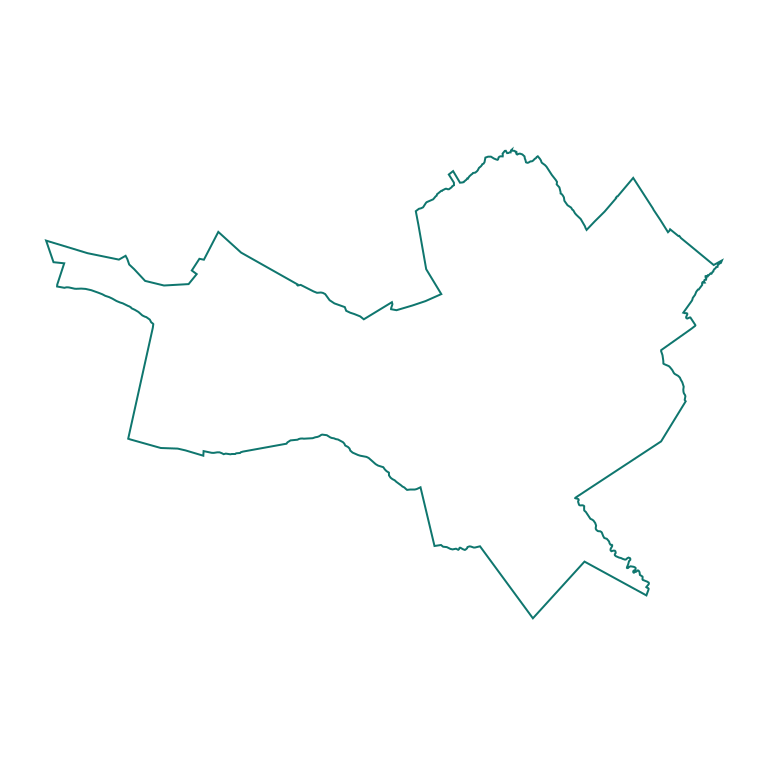 Santiago, Nuevo León, Mexico (Robinson projection)
{"feature_id": "50627088B26802208573865", "entity_name": "Santiago", "entity_type": "district", "adm_level": 2, "iso_a3": "MEX", "parent_name": "Mexico", "parent_adm1": "Nuevo León", "projection": "robinson", "projection_center": [-100.188, 25.372], "detail": "fine", "context": "isolated", "style": "outline", "palette": "teal", "viewbox_px": 768, "rotation_deg": 0, "n_neighbors": 0, "source": "geoboundaries", "source_scale": "gbopen_adm2", "svg_char_len": 6112}
<svg xmlns="http://www.w3.org/2000/svg" viewBox="0 0 768 768"><path d="M434.5,546.0L441.0,545.0L443.1,546.7L446.8,547.1L450.4,548.9L452.6,549.4L456.0,548.7L458.2,549.8L458.9,549.3L459.6,547.8L460.0,547.7L460.5,547.8L462.9,549.2L464.8,549.9L465.4,549.7L466.5,548.8L467.1,548.2L467.5,547.1L469.4,546.4L470.7,546.5L473.6,547.5L475.1,547.5L480.0,546.3L532.9,618.3L584.5,561.6L646.4,595.4L648.5,589.6L648.6,588.7L648.1,588.1L646.9,587.6L646.3,587.1L648.7,584.2L648.9,583.3L648.7,582.6L647.3,581.7L642.8,579.9L642.5,579.4L642.6,576.9L642.4,576.5L639.9,574.9L639.6,572.7L639.3,571.7L638.6,570.7L637.9,570.4L635.8,571.9L634.7,572.0L633.9,572.7L633.5,572.5L633.2,571.9L633.3,571.2L633.8,570.6L635.2,570.0L635.6,569.2L635.6,568.0L635.0,567.4L633.7,566.8L630.6,566.3L629.2,566.9L628.0,568.0L627.2,568.1L626.9,567.8L627.0,567.2L628.2,564.3L628.8,561.9L629.1,561.1L630.3,559.8L630.3,558.8L630.0,558.2L628.6,557.6L627.5,558.1L625.9,559.5L625.0,559.6L623.0,559.0L620.9,558.0L619.1,557.6L615.9,556.2L614.9,555.3L614.8,554.3L615.7,552.9L615.4,551.3L614.8,550.7L613.6,550.6L611.4,551.2L610.7,550.5L610.5,549.9L610.7,548.7L612.1,546.3L612.2,545.2L611.8,544.8L611.1,544.9L610.4,544.6L609.5,543.1L609.1,541.5L606.8,538.8L604.3,538.0L603.2,536.1L601.9,532.7L601.4,532.0L600.2,531.3L598.4,531.2L597.7,531.0L596.3,529.8L595.8,528.9L595.7,527.9L596.1,525.6L595.2,523.0L593.5,520.6L592.3,519.7L590.4,518.8L585.8,511.9L584.5,510.8L584.2,510.3L584.1,508.2L584.2,506.2L583.7,505.7L582.7,505.3L580.3,505.4L579.5,505.2L579.0,504.7L578.1,501.8L578.2,501.0L578.7,500.1L578.5,499.3L577.8,498.8L575.5,498.3L575.2,498.1L575.4,497.7L661.1,441.4L685.7,401.3L684.7,399.9L685.4,396.3L685.1,395.2L683.9,393.3L683.5,391.9L683.3,389.6L683.7,386.7L682.3,382.3L680.8,379.7L679.9,377.6L678.2,375.9L674.7,373.9L673.8,372.9L672.3,370.1L670.0,367.2L668.8,366.1L664.1,364.1L663.4,363.6L663.3,360.8L662.5,355.2L661.1,351.1L661.2,350.1L691.6,328.6L695.1,325.9L695.4,325.3L695.2,324.8L690.4,317.5L690.0,317.4L687.4,318.5L686.8,318.4L686.3,318.0L686.1,317.1L687.3,314.4L687.2,313.5L686.0,313.1L684.9,313.2L683.3,312.7L691.8,300.8L692.3,299.8L692.8,297.9L695.0,294.9L696.3,291.7L698.0,289.5L698.7,289.5L702.2,284.9L702.1,283.1L702.6,282.1L703.0,282.0L703.9,282.7L704.6,282.6L704.1,281.9L704.3,280.4L704.5,280.0L705.0,279.7L705.9,279.8L706.2,279.1L706.3,278.6L705.5,277.0L705.6,276.1L706.3,276.0L707.3,276.7L707.7,276.5L707.9,276.1L707.8,275.3L708.0,275.1L708.8,275.2L710.5,273.4L711.2,273.8L711.6,273.6L712.3,272.2L713.3,271.5L713.3,270.7L714.5,268.9L715.3,268.5L716.2,267.1L717.5,266.9L717.8,265.2L718.0,264.8L718.7,264.4L718.9,263.8L720.9,262.9L721.9,260.5L713.7,265.0L680.9,238.0L679.3,235.9L678.5,236.1L670.1,229.3L669.5,230.7L668.0,232.2L660.3,219.9L653.5,209.7L653.0,208.6L633.2,177.9L617.6,196.4L616.9,196.5L615.9,197.8L616.1,198.2L604.6,211.6L594.7,221.4L586.6,229.9L585.5,227.9L584.9,226.2L580.7,219.0L576.6,215.1L575.0,213.3L573.3,210.3L572.3,209.6L571.1,207.6L567.5,205.2L564.4,200.8L563.9,197.4L562.9,195.6L561.8,194.2L560.6,193.5L560.6,192.2L559.4,187.4L556.7,184.4L557.0,181.9L555.8,180.0L551.8,174.9L546.5,166.7L545.0,165.1L541.9,162.8L541.5,162.2L540.9,160.4L539.9,158.8L537.8,156.3L536.7,157.0L536.1,157.9L535.6,158.4L534.9,158.7L533.1,160.6L531.9,161.3L530.4,161.4L529.0,162.3L527.8,162.8L527.0,162.7L526.0,162.3L525.3,159.5L524.9,158.8L524.5,156.4L522.3,154.4L519.9,153.6L518.5,153.9L517.3,154.5L516.8,154.3L516.5,154.0L516.5,152.0L516.3,151.8L515.8,151.9L515.7,152.2L515.2,151.3L514.2,150.8L511.9,150.7L511.6,150.3L511.8,149.7L511.0,150.4L510.6,152.4L509.7,152.3L508.4,153.0L507.1,153.1L505.8,150.8L504.8,150.9L502.6,153.6L502.8,155.4L502.7,156.4L500.5,156.3L499.4,156.7L498.6,157.5L498.1,159.3L497.6,159.8L496.3,159.5L493.9,158.5L491.0,156.7L488.0,156.7L485.4,157.6L484.5,162.2L483.5,163.7L482.3,164.2L481.8,165.2L480.9,166.3L479.0,167.9L477.8,170.2L477.0,171.2L475.3,172.6L473.0,173.0L472.3,173.9L471.5,174.4L469.3,176.4L467.8,178.7L467.3,178.4L466.1,180.0L465.3,180.5L463.8,182.0L463.5,181.9L462.9,182.4L460.0,182.7L453.1,171.1L448.8,174.5L453.9,182.6L454.0,185.2L452.1,186.4L451.7,187.2L449.0,189.2L448.0,189.3L446.1,188.7L445.5,188.8L442.5,190.3L442.0,190.9L441.3,190.8L437.0,194.3L436.7,195.6L435.7,196.3L433.2,199.3L426.6,202.2L425.8,203.1L423.1,207.3L421.0,208.3L418.9,208.8L415.8,211.2L418.4,224.8L426.2,269.2L441.3,294.1L425.5,301.1L412.4,305.5L396.5,310.2L391.1,309.2L391.1,308.3L392.3,304.7L392.4,304.1L391.9,302.2L363.8,319.3L360.2,316.4L354.2,314.0L350.2,312.7L346.2,310.8L344.8,307.1L334.4,303.4L329.6,300.2L325.2,294.1L322.9,292.9L320.9,292.5L317.0,292.8L313.5,291.4L300.7,284.9L297.8,285.5L297.2,284.9L297.5,284.4L241.1,252.6L218.3,231.9L203.9,259.7L199.4,258.8L191.8,270.5L196.7,274.1L188.6,284.1L164.0,285.5L145.1,280.9L134.2,269.2L129.2,264.5L127.3,259.0L125.6,255.8L118.9,259.6L87.6,253.2L46.1,240.6L53.5,262.2L64.2,263.3L57.2,284.7L57.1,286.5L64.4,287.8L66.5,287.3L68.8,287.4L74.6,288.7L76.2,288.8L81.2,288.6L85.5,288.9L91.3,290.2L98.3,292.7L102.4,294.3L105.2,295.8L109.1,297.1L112.3,298.6L116.5,301.0L120.1,302.5L122.7,303.3L128.2,306.0L129.3,306.4L130.9,307.4L131.6,308.3L134.8,309.8L138.5,312.0L142.3,315.4L144.7,316.6L146.3,317.1L149.8,319.6L151.2,322.3L152.9,323.6L153.3,324.1L152.8,327.8L128.2,438.7L130.2,439.4L160.8,448.0L177.7,448.6L185.5,450.4L203.3,455.7L203.6,451.1L211.6,452.8L213.7,452.9L217.4,452.3L219.5,452.3L221.8,453.2L223.7,454.2L225.8,453.6L230.4,454.3L231.8,454.0L235.2,454.0L236.2,453.3L240.0,453.0L240.9,452.2L242.9,451.6L286.5,443.7L287.4,442.4L290.5,440.4L297.6,439.7L298.6,439.1L300.3,438.6L302.6,438.5L303.7,438.7L312.7,438.2L315.2,437.3L317.5,436.9L319.5,436.1L320.9,435.1L322.1,434.6L326.8,435.2L330.3,437.4L331.9,438.0L333.9,438.3L335.8,439.1L338.0,439.5L343.0,442.2L344.3,443.6L345.2,445.5L348.0,447.0L349.5,448.5L350.3,450.6L352.6,452.6L358.0,455.0L360.2,455.7L366.5,456.9L368.7,458.0L375.6,464.1L378.1,465.6L383.3,467.2L384.8,469.4L386.6,471.2L388.9,472.6L389.0,475.4L390.6,477.7L392.4,479.1L394.7,480.3L396.4,481.9L401.3,485.5L402.4,486.5L404.4,487.5L405.7,488.8L407.1,489.9L410.2,489.5L414.9,489.5L416.6,489.1L420.5,487.3L434.5,546.0Z" fill="none" stroke="#0f766e" stroke-width="2"/></svg>